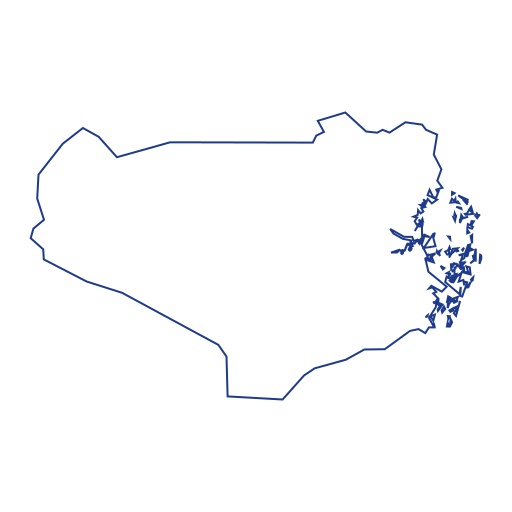 Rufiji, Pwani, United Republic of Tanzania
{"feature_id": "72390352B25336426084217", "entity_name": "Rufiji", "entity_type": "district", "adm_level": 2, "iso_a3": "TZA", "parent_name": "United Republic of Tanzania", "parent_adm1": "Pwani", "projection": "mercator", "projection_center": [39.283, -7.991], "detail": "fine", "context": "isolated", "style": "outline", "palette": "blue", "viewbox_px": 512, "rotation_deg": 0, "n_neighbors": 0, "source": "geoboundaries", "source_scale": "gbopen_adm2", "svg_char_len": 6177}
<svg xmlns="http://www.w3.org/2000/svg" viewBox="0 0 512 512"><path d="M425.3,333.1L428.9,327.4L434.2,327.4L429.0,317.9L435.7,307.3L436.5,303.6L434.2,303.1L433.3,301.6L440.1,305.7L437.7,309.6L438.0,310.9L442.5,304.5L435.7,301.7L436.9,299.7L438.3,302.0L438.5,298.8L433.2,293.4L436.3,291.9L432.3,287.4L429.1,288.4L431.4,285.8L441.8,291.6L446.7,286.7L428.4,271.7L425.3,258.5L426.8,257.8L429.1,253.9L427.4,255.8L419.8,241.1L419.2,243.4L417.2,240.1L414.6,243.6L411.3,242.7L412.4,244.4L412.5,246.0L412.1,246.2L410.9,245.9L411.6,248.5L411.3,249.6L410.0,250.7L409.2,250.4L408.7,249.5L410.0,246.5L409.9,250.5L410.5,245.8L412.3,245.8L411.0,244.4L408.3,245.0L407.5,244.1L404.8,250.5L404.2,250.8L402.8,250.1L402.0,250.5L402.8,250.7L403.1,251.2L403.0,253.0L402.6,253.6L401.9,254.0L401.7,253.9L401.6,253.6L402.2,253.2L401.2,251.9L401.1,251.7L401.1,250.9L400.2,250.5L399.5,250.0L397.2,252.4L391.0,252.6L399.4,249.8L401.2,250.8L402.3,253.0L402.3,253.5L401.7,253.6L402.0,253.9L403.0,253.0L403.0,251.3L401.8,250.4L402.7,250.0L404.7,250.5L407.1,244.1L408.2,243.8L408.5,244.8L410.7,244.2L411.9,244.9L412.0,244.3L410.3,243.0L411.5,240.5L402.7,238.8L393.4,233.5L390.2,229.0L404.0,236.8L412.2,236.9L413.8,241.0L417.6,239.6L419.7,240.9L421.8,237.7L422.0,243.9L424.4,236.2L429.5,237.0L424.2,234.6L422.1,236.8L421.9,226.5L417.6,226.4L414.8,231.0L419.0,223.7L416.6,224.6L414.7,221.2L417.2,217.6L413.5,216.7L417.7,214.9L418.1,210.1L420.6,213.4L423.4,211.5L421.3,208.2L425.2,207.0L423.6,205.8L421.6,206.1L420.3,205.0L425.7,205.3L421.8,202.9L425.3,203.3L423.3,199.3L426.5,202.0L427.7,199.0L431.8,203.4L437.2,199.6L427.6,195.1L429.6,189.8L433.5,197.8L436.4,197.0L439.1,189.9L437.3,191.8L436.3,189.6L442.4,187.8L437.3,180.7L441.4,169.3L433.8,154.6L437.1,134.6L426.0,129.8L422.1,124.6L405.4,122.3L389.5,132.6L382.6,129.8L377.3,132.7L366.1,131.5L345.3,112.5L317.8,120.8L323.9,131.9L316.3,135.6L312.8,142.6L170.1,142.3L116.9,157.2L98.7,136.8L82.9,128.0L62.8,143.7L38.5,174.6L37.2,198.5L44.0,219.8L33.4,228.6L30.7,238.2L43.2,249.3L43.8,259.4L86.6,281.5L122.1,292.8L218.4,344.9L226.5,356.6L227.6,396.4L282.6,399.5L304.1,375.4L314.7,368.3L345.9,359.7L364.3,349.5L384.8,349.2L410.0,330.9L418.5,329.1L425.3,333.1ZM425.5,317.3L427.7,315.3L427.5,316.3L425.5,317.3ZM458.7,281.6L461.4,273.2L457.0,276.4L453.4,282.3L451.3,282.1L449.6,280.5L452.3,277.0L448.4,278.1L446.6,276.7L445.2,282.0L459.5,294.1L460.8,286.9L460.2,295.9L462.2,296.5L467.2,282.4L464.6,281.6L464.2,285.3L463.3,280.0L458.7,281.6ZM435.5,246.2L432.7,235.6L433.6,233.4L423.8,248.0L435.5,246.2ZM458.3,265.5L454.6,267.7L454.4,274.4L456.2,274.0L455.7,274.8L456.5,275.7L456.2,276.2L461.2,273.1L461.7,272.2L462.6,271.0L464.1,270.3L463.9,268.4L460.7,269.0L458.3,265.5ZM462.7,255.2L461.1,260.1L464.2,258.2L465.7,253.0L466.1,257.0L466.7,252.3L467.0,256.0L467.6,255.8L470.6,243.4L467.2,254.1L468.4,244.1L465.0,253.5L458.7,255.1L462.7,255.2ZM460.1,300.9L458.7,305.7L454.1,307.8L456.9,308.9L453.8,313.2L456.0,315.9L460.1,300.9ZM435.4,253.4L430.4,254.7L430.7,260.6L427.5,257.5L425.8,259.7L433.8,262.4L431.7,256.8L435.4,253.4ZM463.3,218.0L461.3,214.9L460.7,219.4L460.0,219.5L459.9,223.0L461.9,218.7L468.1,216.7L463.3,218.0ZM466.5,266.4L468.2,272.1L461.9,272.0L470.6,274.5L469.8,267.4L466.5,266.4ZM474.0,257.2L472.6,255.1L474.0,260.0L470.2,263.4L475.2,259.5L475.7,261.5L475.8,248.7L474.0,257.2ZM457.6,248.3L452.9,248.8L449.1,257.7L451.2,254.0L457.6,248.3ZM434.9,314.6L430.6,316.3L433.3,320.7L434.9,314.6ZM453.7,298.2L447.9,301.3L447.7,308.1L449.0,304.0L453.7,298.2ZM468.5,200.1L458.2,195.4L468.3,202.7L465.6,199.7L468.5,200.1ZM473.5,213.8L469.1,209.7L467.1,213.4L464.9,213.9L465.6,214.8L473.5,213.8ZM467.9,224.1L467.5,227.3L472.0,228.7L472.9,226.7L467.9,224.1ZM455.4,198.7L454.3,200.8L451.9,198.8L450.4,202.7L455.8,202.1L455.4,198.7ZM456.1,277.1L453.8,277.0L451.2,281.2L453.5,281.3L456.1,277.1ZM464.8,262.6L459.9,262.2L460.5,264.8L463.3,263.1L461.5,266.4L464.8,262.6ZM449.2,249.9L445.2,251.6L447.1,254.5L448.9,254.5L449.2,249.9ZM472.1,243.3L472.2,234.9L470.6,236.1L472.1,243.3ZM454.4,263.9L450.9,264.3L451.2,268.5L454.4,263.9ZM444.0,306.5L441.6,310.3L442.2,312.6L445.2,309.0L444.0,306.5ZM468.3,287.3L470.8,281.8L466.7,287.5L468.3,287.3ZM419.0,219.5L420.3,224.5L422.2,226.3L422.7,223.9L419.0,219.5ZM461.1,207.9L456.2,206.8L461.4,209.0L461.1,207.9ZM479.9,214.3L478.2,216.1L476.8,213.4L475.2,215.7L477.2,218.1L479.9,214.3ZM453.3,308.2L449.4,310.4L450.3,311.8L453.5,310.4L453.3,308.2ZM457.9,296.9L454.4,298.1L452.8,300.9L456.5,300.4L457.9,296.9ZM449.2,326.6L447.7,322.4L446.9,326.5L449.2,326.6ZM459.6,264.5L460.7,268.4L463.0,267.1L460.9,266.8L459.6,264.5ZM447.7,277.5L450.1,274.5L450.2,272.8L447.7,277.5ZM469.2,232.5L467.3,229.8L467.2,233.3L469.2,232.5ZM472.3,210.7L471.1,206.7L469.2,209.4L472.3,210.7ZM467.5,204.7L465.8,201.7L463.0,199.5L467.5,204.7ZM452.1,322.3L450.6,319.0L450.0,326.5L452.1,322.3ZM480.7,255.0L480.1,254.7L479.5,263.9L481.2,258.9L481.3,256.2L480.7,255.0ZM440.4,250.5L438.1,251.7L440.0,256.1L439.0,252.9L440.4,250.5ZM450.5,297.6L448.2,296.3L447.3,300.6L450.5,297.6ZM444.4,268.1L440.6,265.9L442.9,269.4L444.4,268.1ZM454.5,193.1L452.1,192.0L452.0,194.8L454.5,193.1ZM455.2,276.9L453.8,276.0L452.2,275.7L451.9,276.1L455.2,276.9ZM473.2,277.3L471.0,279.6L471.7,281.0L472.7,280.3L473.2,277.3ZM473.0,249.7L469.7,247.9L470.1,250.7L473.0,249.7ZM433.9,236.3L434.9,232.6L433.2,235.9L433.9,236.3ZM464.1,247.7L462.1,249.7L462.7,250.5L464.1,247.7ZM455.0,218.5L453.6,217.7L455.0,220.8L455.6,217.8L455.0,218.5ZM459.0,250.8L456.0,250.1L456.6,251.4L459.0,250.8ZM454.2,215.6L455.8,216.0L454.7,213.2L454.2,215.6ZM454.0,302.8L458.0,300.9L453.3,301.4L454.0,302.8ZM457.1,265.4L457.5,264.3L455.5,263.7L457.1,265.4ZM449.6,316.2L447.8,316.1L448.4,318.7L449.6,316.2ZM458.9,203.2L457.8,201.6L456.9,202.7L458.9,203.2ZM433.7,322.8L433.4,325.4L434.1,326.6L434.6,326.6L433.7,322.8ZM422.4,218.9L421.3,221.0L423.0,221.5L422.4,218.9ZM473.8,221.3L471.6,221.1L470.7,224.1L471.9,224.5L473.8,221.3ZM448.5,272.3L446.6,273.3L447.7,273.7L448.5,272.3ZM449.5,247.0L448.6,249.0L450.2,249.0L449.5,247.0ZM453.8,270.0L452.1,270.4L452.5,271.2L453.8,270.0ZM450.0,236.7L448.2,236.5L450.2,239.1L450.0,236.7ZM438.8,254.7L436.9,251.0L436.6,252.4L438.8,254.7Z" fill="none" stroke="#1e3a8a" stroke-width="2"/></svg>